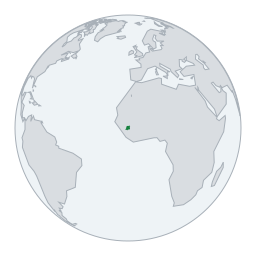 Dinguiraye on an orthographic globe
{"feature_id": "GIN-5634", "entity_name": "Dinguiraye", "entity_type": "Prefecture", "adm_level": 1, "iso_a3": "GIN", "parent_name": "Guinea", "parent_adm1": "", "projection": "orthographic", "projection_center": [-10.675, 11.582], "detail": "fine", "context": "on_globe", "style": "filled", "palette": "green", "viewbox_px": 256, "rotation_deg": 0, "n_neighbors": 0, "source": "natural_earth", "source_scale": "10m", "svg_char_len": 8652}
<svg xmlns="http://www.w3.org/2000/svg" viewBox="0 0 256 256"><circle cx="128" cy="128" r="113" fill="#eef3f6" stroke="#a8b0b8"/><path d="M94.9,20.3L94.6,20.5L85.1,24.9L87.3,24.2L85.2,25.8L86.9,25.7L84.7,26.9L88.0,25.8L89.7,24.8L91.8,24.1L93.0,24.0L90.3,25.4L89.3,25.6L89.2,26.0L87.3,26.8L88.9,26.4L85.5,28.3L90.6,26.4L89.4,28.0L86.6,29.2L84.7,29.1L73.6,32.8L70.2,34.7L67.4,37.2L66.9,41.5L64.1,43.9L62.0,47.0L64.5,45.5L67.1,42.6L71.3,41.0L74.0,38.0L76.1,37.1L79.7,34.3L81.5,34.9L81.3,37.1L78.4,39.5L78.3,40.7L83.0,38.7L79.4,44.0L80.3,49.1L79.1,50.7L73.3,52.6L68.5,51.3L61.0,55.2L68.2,53.0L65.1,57.5L65.6,58.6L67.2,58.7L69.3,57.2L68.7,59.0L61.4,61.5L61.8,59.8L64.1,59.0L61.8,58.6L56.8,60.9L55.6,63.3L49.3,65.2L48.4,67.1L46.5,68.8L48.4,65.6L44.9,71.6L37.3,76.8L32.4,88.1L34.6,78.7L33.8,77.0L32.4,76.3L31.5,78.1L30.9,75.6L28.1,78.4L24.0,86.9L21.8,94.2L22.8,95.7L24.6,92.3L26.2,92.4L21.9,102.2L24.2,105.4L22.2,113.2L22.5,117.8L24.4,117.6L26.1,120.5L28.5,116.4L31.7,114.9L30.7,121.4L33.4,116.0L34.6,119.7L41.7,121.4L40.9,122.7L46.8,132.0L54.8,137.0L56.7,142.1L55.6,144.9L58.7,146.3L58.8,148.2L72.9,153.2L81.4,159.0L81.9,165.6L76.5,172.4L75.3,187.3L66.5,190.8L66.9,196.5L64.5,204.0L58.8,202.2L63.1,206.8L62.1,208.7L59.2,208.1L61.0,210.9L58.9,210.4L61.9,212.7L62.1,215.5L66.2,218.8L67.2,220.9L70.0,222.8L69.1,222.5L69.1,222.8L70.2,223.7L65.9,221.3L60.6,217.2L59.2,215.5L57.9,214.8L54.5,210.2L54.4,210.9L48.1,202.9L45.0,196.5L36.7,176.1L34.2,171.5L29.0,165.0L22.4,147.3L22.9,141.2L22.0,137.7L25.0,129.6L25.0,120.6L24.2,118.9L22.9,121.7L20.8,114.7L21.3,107.6L21.2,92.3L22.0,89.8L25.0,82.4L28.5,75.2L32.5,68.2L37.0,61.6L42.0,55.2L47.4,49.3L53.2,43.8L59.4,38.6L66.0,34.0L72.8,29.8L80.0,26.1L87.3,23.0L94.9,20.3ZM30.7,91.8L33.4,99.2L30.4,98.8L31.3,98.0L30.9,95.2L29.6,92.3L27.4,92.5L30.7,91.8ZM35.2,86.5L34.6,85.7L35.4,86.0L35.2,86.5ZM78.4,34.2L79.0,34.3L78.0,34.8L78.4,34.2ZM79.4,33.1L77.9,33.6L78.1,33.2L79.1,32.8L79.4,33.1ZM81.3,32.6L78.7,32.3L79.2,31.6L83.3,29.8L81.3,32.6ZM89.8,24.5L88.0,25.6L88.4,24.8L89.8,24.5ZM89.5,24.3L87.8,23.5L91.0,22.1L90.9,22.5L94.3,21.0L96.7,20.7L95.4,21.4L92.8,22.3L95.7,21.6L89.5,24.3ZM92.6,23.7L92.0,23.6L94.8,22.4L96.6,22.4L95.1,22.8L92.6,23.7ZM93.9,20.9L96.3,20.1L98.9,19.6L100.2,19.3L97.0,20.6L93.9,20.9ZM95.1,23.0L97.4,22.5L97.2,23.1L93.5,23.8L95.1,23.0ZM94.7,22.1L96.1,21.5L95.9,21.8L94.7,22.1ZM97.7,25.3L96.9,25.0L98.3,24.2L97.7,25.3ZM98.3,22.3L98.3,22.1L98.8,21.8L100.2,21.7L98.3,22.3ZM99.1,20.2L99.7,20.2L100.5,19.6L102.5,19.4L100.0,20.4L102.0,19.8L102.6,19.8L99.9,20.7L99.1,20.2ZM103.0,20.8L100.6,22.2L101.8,22.9L100.6,23.5L98.8,22.3L103.0,20.8ZM101.4,20.6L102.1,20.8L100.3,21.3L98.7,21.6L101.4,20.6ZM104.8,18.9L102.4,19.0L103.0,18.8L104.8,18.9ZM103.8,20.8L104.3,20.5L104.1,20.8L103.8,20.8ZM104.9,19.3L103.9,19.3L104.7,19.1L104.9,19.3ZM106.3,19.9L105.5,20.3L104.3,20.4L106.3,19.9ZM105.9,19.5L107.2,19.2L104.4,20.2L105.4,19.6L105.9,19.5ZM105.7,19.1L105.8,19.0L106.0,19.1L105.7,19.1ZM111.1,19.4L107.9,20.6L105.3,20.8L108.8,19.5L111.1,19.4ZM74.4,225.9L66.8,221.9L70.5,223.9L70.1,223.0L75.1,225.7L74.4,225.9ZM74.3,223.7L75.5,223.4L76.7,224.0L76.1,224.3L74.3,223.7ZM234.6,91.7L236.3,97.4L238.8,108.0L239.5,113.4L235.7,99.8L232.2,90.3L232.0,91.9L227.1,85.2L222.1,87.7L220.4,85.5L219.7,87.2L216.1,85.7L213.0,82.1L211.3,83.1L219.2,92.6L220.9,91.7L220.9,86.8L222.9,90.6L226.2,93.1L226.2,104.1L217.1,116.8L214.5,109.1L198.7,90.1L198.2,87.7L198.0,87.4L197.7,87.0L198.1,91.1L194.8,87.4L205.1,100.8L207.5,107.1L217.0,117.3L216.5,118.8L219.1,120.7L225.1,115.5L225.5,118.2L223.7,131.7L213.8,151.5L214.2,162.5L211.8,172.3L203.5,180.3L202.1,187.4L197.5,190.7L195.8,194.8L190.9,199.7L183.5,204.7L173.3,206.3L174.3,202.8L171.8,196.4L169.0,179.7L173.3,171.2L173.1,164.9L165.5,151.5L167.3,143.2L164.9,140.1L160.0,141.4L157.0,137.7L153.9,137.8L133.3,142.1L126.0,137.3L114.8,121.7L117.8,115.1L116.5,107.7L135.6,81.8L141.6,82.7L158.9,77.9L161.4,78.5L161.6,84.2L176.3,89.3L178.5,84.2L189.6,86.3L195.6,85.1L193.9,74.5L184.0,76.4L180.1,71.8L186.3,66.2L194.6,65.2L193.4,63.5L186.3,60.4L186.4,56.9L183.7,59.2L186.1,60.7L184.5,62.4L182.1,61.1L182.2,59.8L179.2,59.5L179.5,66.4L182.0,68.7L175.2,71.1L178.8,75.3L177.6,77.7L171.1,71.6L170.3,69.2L159.7,63.4L160.0,66.1L169.9,71.9L167.6,71.7L168.0,76.0L165.9,72.5L155.0,66.1L147.6,68.7L141.4,80.0L136.4,81.5L130.8,79.9L129.8,69.2L141.1,67.4L140.9,64.1L135.9,60.0L139.7,59.9L139.1,58.2L143.0,57.5L145.9,52.9L149.6,52.0L148.1,46.9L149.8,46.0L150.2,49.1L152.4,51.1L161.1,49.6L162.0,48.4L160.4,45.3L163.0,45.5L160.3,42.8L164.0,41.1L157.2,41.1L155.1,38.1L155.9,35.6L154.0,34.8L152.6,39.0L153.2,40.8L155.6,42.2L156.1,47.7L153.6,49.0L148.5,43.7L144.5,45.1L142.3,40.8L147.3,31.2L150.8,29.2L161.9,31.5L162.6,33.2L159.0,33.2L164.7,35.7L163.1,34.3L165.3,34.6L163.8,32.3L165.3,32.5L161.3,30.1L163.0,30.1L165.4,31.6L164.6,28.6L167.3,28.3L166.4,27.6L164.7,26.9L169.3,27.2L168.4,26.7L166.6,26.4L163.7,25.3L160.4,23.5L162.2,23.7L163.6,24.3L169.2,26.2L172.8,28.2L173.2,28.2L170.5,26.5L163.6,24.2L161.1,23.1L164.3,23.9L163.0,23.5L162.3,23.1L163.2,22.9L159.7,22.0L149.7,18.1L150.6,17.8L154.6,18.7L150.4,17.6L158.5,19.6L166.5,22.1L174.3,25.3L181.8,29.0L189.0,33.3L195.9,38.1L202.4,43.4L208.4,49.2L214.1,55.4L219.3,62.0L223.9,68.9L228.0,76.2L231.6,83.8L234.6,91.7ZM131.4,94.6L131.5,96.8L131.4,94.6ZM205.2,69.7L209.0,69.0L204.3,63.4L205.4,62.8L203.3,61.2L203.9,63.0L198.5,58.8L199.1,56.7L197.1,54.3L195.7,54.5L195.5,59.2L203.2,65.0L203.6,67.8L205.2,69.7ZM42.0,121.4L42.7,122.9L41.5,122.6L42.0,121.4ZM29.3,101.3L30.2,101.8L30.4,103.0L29.6,103.0L29.3,101.3ZM39.0,104.8L40.5,105.8L38.6,105.9L39.0,104.8ZM34.0,100.2L37.8,104.3L34.3,105.2L32.1,102.8L34.1,102.8L34.0,100.2ZM33.2,89.9L33.6,90.6L33.0,91.7L33.2,89.9ZM35.8,86.7L35.5,86.7L35.6,85.7L35.8,86.7ZM65.6,57.4L66.1,57.3L67.4,57.8L66.1,58.3L65.6,57.4ZM77.0,56.3L75.9,59.2L75.8,57.3L73.8,58.4L71.2,56.1L78.4,51.4L75.6,53.8L77.0,56.3ZM69.7,52.2L70.6,53.9L69.4,52.2L69.7,52.2ZM131.5,50.4L133.7,51.2L133.5,53.2L128.8,55.2L129.1,52.2L131.5,50.4ZM136.9,51.9L133.1,46.6L135.8,45.4L134.9,46.9L137.1,46.7L136.3,49.1L142.6,53.6L142.8,55.7L134.2,57.7L136.9,55.7L134.5,54.9L136.9,51.9ZM118.6,38.1L117.0,36.6L125.0,35.9L125.6,37.4L121.0,39.2L117.6,38.6L118.6,38.1ZM89.0,29.8L87.9,29.9L88.6,29.4L90.2,29.0L89.0,29.8ZM97.2,25.2L94.7,29.3L93.3,29.5L93.5,32.1L89.9,33.7L89.8,31.9L87.2,35.3L85.7,34.3L84.3,36.7L84.6,32.5L83.2,32.0L86.2,31.8L89.6,30.3L90.6,29.5L92.5,27.0L91.1,25.6L94.2,24.2L96.8,23.5L97.6,23.6L95.3,24.5L98.1,24.1L95.4,25.4L97.2,25.2ZM125.5,21.4L122.5,21.5L127.5,22.3L124.9,23.1L125.6,23.1L124.6,24.1L124.6,25.5L123.0,25.8L123.7,26.3L123.0,27.0L123.4,27.8L120.8,28.6L121.1,29.7L119.7,29.5L120.8,31.2L118.8,30.4L117.7,31.5L120.3,31.8L105.2,35.8L100.5,38.7L97.7,41.8L94.5,40.3L95.2,36.7L98.1,32.7L103.1,30.3L100.7,30.2L102.4,29.2L103.6,29.6L102.9,28.3L104.6,27.6L107.1,25.0L105.0,23.8L105.9,23.0L107.6,23.1L107.3,22.2L111.0,21.9L111.7,21.4L116.1,20.7L118.9,21.5L119.5,20.9L122.8,20.6L125.5,21.4ZM112.3,19.3L116.3,19.7L116.7,20.4L108.9,21.3L107.7,21.8L102.7,22.7L102.2,21.7L103.6,21.5L104.9,21.1L104.6,21.6L105.9,20.9L107.9,20.7L109.5,20.2L110.3,20.4L112.3,19.3ZM163.0,76.2L164.7,76.2L167.1,75.7L167.3,78.5L163.0,76.2ZM155.5,71.8L156.8,71.3L158.4,74.7L156.6,74.9L155.5,71.8ZM156.3,68.3L156.8,71.0L155.4,69.6L156.3,68.3ZM151.3,48.6L152.6,48.0L153.2,48.7L153.1,49.9L151.3,48.6ZM140.0,25.1L138.2,24.8L138.2,24.5L135.3,23.2L137.0,22.8L139.5,23.4L140.0,25.1ZM193.0,76.6L192.0,78.9L190.8,78.1L191.4,77.4L193.0,76.6ZM179.6,78.8L183.3,79.5L179.7,79.5L179.6,78.8ZM141.4,24.4L140.0,23.9L141.7,24.0L141.4,24.4ZM138.2,22.4L140.0,22.4L136.9,22.6L138.2,22.4ZM223.2,167.5L214.4,185.5L211.3,186.5L212.4,181.8L216.7,171.2L220.8,167.3L223.3,162.1L223.2,167.5ZM240.0,115.9L240.0,116.1L239.0,108.9L239.5,112.0L240.0,115.9ZM154.3,21.9L156.5,23.9L159.2,25.6L162.5,26.6L158.7,26.3L154.6,23.7L154.3,21.9ZM150.1,18.5L147.2,17.9L147.8,17.8L148.6,18.0L150.1,18.5ZM148.8,18.4L146.5,18.4L144.4,18.0L146.7,18.0L148.8,18.4ZM144.1,20.8L144.6,21.4L143.2,21.2L144.1,20.8Z" fill="#d9dde1" stroke="#a8b0b8" stroke-width="1"/><path d="M127.5,126.7L127.5,126.8L127.7,127.0L127.8,127.0L127.7,127.1L127.8,127.2L127.9,127.3L128.0,127.4L128.1,127.2L128.3,127.1L128.3,126.9L128.5,126.9L128.8,126.7L128.8,126.8L129.0,126.8L129.3,126.9L129.3,127.0L129.5,127.1L129.4,127.1L129.1,127.4L128.9,127.5L129.0,127.7L129.1,127.8L129.2,128.1L129.2,128.4L128.8,128.3L128.7,128.2L128.6,128.3L128.6,128.6L128.6,128.8L128.4,128.8L128.2,128.8L128.1,128.7L127.9,128.8L127.7,129.0L127.3,129.2L127.2,129.3L127.1,129.2L126.6,129.1L126.8,128.9L126.9,128.7L126.9,128.4L127.0,128.3L127.1,128.2L127.1,127.9L127.1,127.7L127.1,127.4L127.0,127.2L127.2,126.9L127.3,126.8L127.4,126.7L127.5,126.7Z" fill="#22c55e" stroke="#15803d" stroke-width="1.5"/></svg>